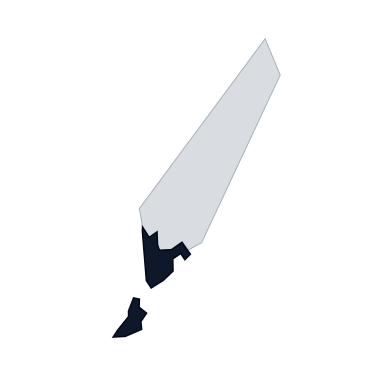 Anguilla, with East End highlighted, rotated 145°
{"feature_id": "AIA-5115", "entity_name": "East End", "entity_type": "District", "adm_level": 1, "iso_a3": "AIA", "parent_name": "Anguilla", "parent_adm1": "", "projection": "mercator", "projection_center": [-62.977, 18.266], "detail": "fine", "context": "in_parent", "style": "filled", "palette": "ink", "viewbox_px": 384, "rotation_deg": 145, "n_neighbors": 0, "source": "natural_earth", "source_scale": "10m", "svg_char_len": 652}
<svg xmlns="http://www.w3.org/2000/svg" viewBox="0 0 384 384"><g transform="rotate(145 192 192)"><path d="M244.5,208.7L44.2,275.6L52.7,237.2L213.2,145.0L271.8,151.5L244.5,208.7Z" fill="#d9dde1" stroke="#a8b0b8" stroke-width="1"/><path d="M229.0,142.0L236.7,140.6L236.5,148.2L246.1,148.2L252.9,138.1L266.2,136.1L280.5,136.8L280.2,145.6L255.0,188.6L252.6,191.7L253.1,179.4L243.5,179.4L250.6,168.3L252.1,163.0L242.0,156.6L229.0,156.6L229.0,142.0ZM298.7,118.8L308.2,115.2L312.0,108.4L329.5,112.0L339.8,118.4L331.8,121.6L315.4,126.4L312.4,130.8L300.6,138.8L296.5,134.4L301.4,128.0L298.7,118.8Z" fill="#0f172a" stroke="#020617" stroke-width="1.5"/></g></svg>